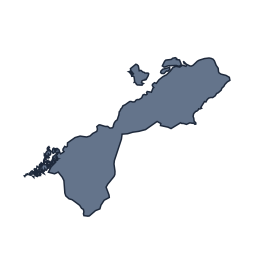 the district of Ha Long, Quảng Ninh, Vietnam, rotated 140°
{"feature_id": "81297802B5641238333098", "entity_name": "Ha Long", "entity_type": "district", "adm_level": 2, "iso_a3": "VNM", "parent_name": "Vietnam", "parent_adm1": "Quảng Ninh", "projection": "mercator", "projection_center": [107.104, 20.974], "detail": "fine", "context": "isolated", "style": "filled", "palette": "slate", "viewbox_px": 256, "rotation_deg": 140, "n_neighbors": 0, "source": "geoboundaries", "source_scale": "gbopen_adm2", "svg_char_len": 5993}
<svg xmlns="http://www.w3.org/2000/svg" viewBox="0 0 256 256"><g transform="rotate(140 128 128)"><path d="M218.1,89.2L215.3,86.2L214.1,85.5L206.0,85.6L201.5,84.1L198.3,86.3L192.7,88.0L187.0,86.8L185.6,88.9L182.8,96.8L179.6,98.0L169.8,99.9L168.0,100.8L165.8,103.2L161.9,109.4L159.4,111.8L140.2,123.7L136.5,127.1L131.9,123.8L127.0,121.7L121.9,118.5L115.6,115.5L101.5,114.3L100.0,110.4L101.5,109.0L96.8,102.9L95.4,99.9L84.3,98.2L84.1,97.2L82.4,95.6L80.9,93.2L77.3,92.2L75.6,90.2L74.7,89.8L74.4,87.9L73.6,87.4L72.8,88.2L72.9,90.8L71.3,93.3L70.7,95.0L68.5,96.8L65.4,97.2L64.6,96.7L62.6,96.7L61.5,97.3L60.8,96.4L58.9,95.8L58.9,97.0L52.4,99.1L51.6,97.9L49.0,98.9L46.9,99.0L45.0,98.2L43.6,96.9L40.6,96.6L37.9,97.5L36.3,97.0L32.3,97.1L30.7,98.1L27.7,98.3L25.9,99.1L22.2,99.5L19.3,99.0L17.8,101.7L19.1,105.3L22.2,109.6L22.8,111.7L22.5,112.9L20.5,115.8L20.2,119.3L18.7,123.8L18.6,125.9L19.5,127.8L20.9,129.5L24.7,132.0L29.9,134.2L31.9,134.6L37.8,134.2L39.7,134.7L40.6,135.6L42.1,138.9L44.0,138.0L45.8,141.0L49.2,141.4L51.7,144.5L54.8,145.4L58.8,144.4L64.2,144.0L68.3,144.9L73.3,145.0L77.6,144.0L78.6,145.7L81.2,145.7L82.1,144.9L82.3,142.4L83.0,142.6L87.1,140.4L89.8,143.6L91.0,143.2L91.5,141.7L92.9,141.8L94.0,143.3L95.4,143.7L98.1,142.3L101.2,142.7L102.7,143.9L104.3,144.2L105.9,143.7L107.6,144.8L108.7,146.5L109.8,147.2L115.5,147.7L117.6,148.3L119.7,147.3L121.6,147.1L122.7,146.3L124.2,146.1L126.6,143.9L131.0,141.2L133.2,141.3L135.3,140.7L137.5,139.4L137.9,138.8L139.7,138.1L142.0,139.6L142.5,142.2L144.5,143.9L147.5,148.5L148.4,149.1L151.0,149.1L152.1,146.8L154.1,145.5L158.6,146.5L162.2,146.3L165.5,147.7L169.9,152.6L174.7,154.7L183.9,155.5L186.3,152.9L187.6,153.1L188.3,154.6L191.4,153.6L192.2,152.7L192.2,151.0L193.3,151.0L196.2,151.5L196.0,153.3L198.0,153.9L199.2,153.2L200.0,154.0L200.3,153.6L201.1,154.2L202.2,153.9L203.5,154.4L204.8,153.6L203.9,152.2L205.1,151.6L205.4,150.5L203.3,149.7L202.7,150.1L202.5,151.3L201.5,152.3L200.7,152.1L201.3,149.9L202.2,150.0L201.4,149.2L202.5,149.5L202.8,148.7L204.8,149.5L205.4,148.3L211.8,147.7L217.4,145.3L213.7,140.1L209.8,139.1L210.0,132.5L210.9,128.9L218.1,118.9L219.3,116.0L218.7,111.7L216.9,109.0L214.7,99.8L215.2,96.4L214.5,94.3L215.7,92.1L217.3,90.9L218.1,89.2ZM93.2,155.0L89.7,151.8L89.0,152.3L87.6,152.1L88.5,154.1L87.1,155.1L85.6,154.8L84.1,153.8L83.6,154.2L83.0,153.5L79.1,155.0L77.3,156.2L77.3,157.1L79.7,159.2L79.8,160.2L80.6,161.3L81.1,163.9L82.6,164.6L80.2,168.9L80.4,170.8L81.0,171.8L88.0,171.9L88.9,170.2L89.0,166.0L89.9,166.0L90.2,170.3L91.3,170.7L91.0,170.1L91.1,166.7L91.9,165.2L90.6,164.3L90.6,163.1L93.0,159.4L93.9,159.0L93.3,158.6L93.2,156.4L93.5,156.1L93.2,155.0ZM57.0,149.7L50.8,144.9L49.2,142.3L47.3,142.2L46.2,142.7L44.8,147.0L46.9,149.4L46.0,150.0L46.6,151.5L49.1,152.8L50.6,152.6L55.3,155.7L57.0,155.6L61.8,153.5L61.2,151.4L57.0,149.7ZM218.1,148.7L217.5,148.1L215.8,148.8L214.7,148.4L215.1,149.5L214.8,150.6L212.4,150.7L212.2,153.1L211.1,153.3L210.0,154.6L211.0,155.1L211.9,155.1L211.8,154.3L212.5,154.5L213.4,153.2L212.7,151.9L214.2,151.5L214.5,152.6L215.7,153.7L215.2,154.4L215.5,155.4L216.1,155.5L216.8,154.6L218.1,154.2L216.6,155.8L216.8,157.2L217.7,156.8L217.0,156.0L217.4,155.5L219.3,154.6L218.5,156.2L218.7,156.8L219.1,156.9L220.3,155.9L220.5,154.8L221.8,153.9L221.6,153.1L222.2,153.2L222.3,154.1L222.7,153.9L223.3,153.2L223.6,151.5L224.7,151.7L225.1,152.9L227.0,151.8L226.4,151.2L225.5,151.4L224.3,149.6L222.4,150.4L221.9,151.4L220.2,151.9L220.8,150.8L220.1,150.5L220.3,149.1L219.9,148.7L219.0,149.0L217.9,150.2L218.1,148.7ZM61.9,146.9L60.9,145.9L58.7,146.0L58.2,146.2L57.2,147.7L63.7,150.7L66.2,150.4L67.3,149.6L67.3,148.3L65.5,146.6L61.9,146.9ZM208.2,161.2L208.4,158.5L209.0,156.9L208.0,156.0L207.4,156.0L207.2,157.9L205.6,159.5L205.5,157.4L204.5,157.4L202.1,159.5L201.9,160.4L202.7,160.7L202.8,161.2L202.0,161.9L202.3,162.6L202.0,163.0L202.6,163.8L201.7,164.4L202.1,164.7L203.4,163.9L203.5,161.9L205.2,162.3L208.2,161.2ZM197.4,154.5L196.9,153.8L195.7,153.6L194.9,155.9L195.5,158.0L196.8,158.6L197.4,159.5L197.7,159.0L197.0,157.1L197.8,157.4L198.7,156.7L199.1,154.5L198.7,154.0L197.4,154.5ZM229.8,154.1L229.7,152.6L228.3,155.1L229.0,155.6L229.6,155.1L229.9,156.2L228.4,156.7L230.3,157.0L231.4,156.4L232.7,156.8L232.9,156.3L232.1,156.2L232.6,155.0L233.0,155.8L233.6,155.4L232.8,154.3L231.5,154.9L231.0,154.2L229.8,154.1ZM201.7,156.8L201.2,156.5L198.9,157.0L197.9,159.2L198.1,160.4L199.0,160.3L201.2,158.4L201.7,156.8ZM208.6,148.9L207.1,148.6L205.4,149.5L205.2,149.9L206.4,150.9L205.2,152.1L205.3,152.9L206.4,152.4L206.9,151.2L208.4,149.9L208.6,148.9ZM227.9,154.2L227.0,153.3L227.4,152.7L226.4,153.4L225.9,154.7L225.2,153.9L226.1,153.1L225.3,152.9L224.5,153.8L225.1,154.8L224.4,155.0L224.2,155.7L225.1,155.8L225.5,156.7L226.3,156.8L226.8,155.8L226.4,154.9L227.0,154.3L227.9,154.2ZM214.2,155.0L213.1,155.3L212.7,157.3L210.8,156.7L210.3,157.8L209.1,158.7L210.6,158.8L213.3,157.5L214.6,156.0L214.2,155.0ZM210.1,150.4L210.5,149.4L209.8,149.1L208.9,149.9L209.0,150.2L209.7,149.8L209.9,151.0L209.2,152.5L209.6,153.0L210.7,152.8L210.2,151.3L211.1,150.6L210.9,150.3L210.1,150.4ZM229.4,151.5L228.8,150.8L229.2,150.0L228.6,149.1L227.2,149.6L227.1,150.2L227.8,150.3L228.4,151.2L228.1,152.6L228.7,153.3L228.8,152.1L229.4,151.5ZM214.0,149.6L212.9,148.3L212.4,149.0L211.6,149.1L211.5,150.0L213.5,150.4L214.0,149.6ZM42.7,143.6L43.5,141.2L42.3,139.2L42.7,143.6ZM222.0,150.0L222.5,149.2L221.7,147.1L221.2,149.8L222.0,150.0ZM226.7,148.7L225.6,147.9L225.3,148.5L224.6,148.5L224.4,149.5L225.2,149.1L225.7,149.5L226.7,148.7ZM235.7,158.0L235.8,157.5L234.5,156.7L234.4,157.5L235.7,158.0ZM208.8,161.9L210.0,160.5L209.9,160.0L208.7,161.3L208.8,161.9ZM222.4,157.2L222.9,156.7L222.0,155.7L221.9,156.6L222.4,157.2ZM201.1,164.6L201.4,164.0L200.8,163.6L200.6,164.6L201.1,164.6ZM232.0,152.1L231.9,150.7L231.4,151.3L232.0,152.1ZM208.2,151.2L207.4,151.2L207.6,151.7L208.2,151.2ZM238.2,158.0L238.2,157.4L237.7,157.8L238.2,158.0ZM237.2,157.7L237.0,157.3L236.5,157.4L236.8,157.7L237.2,157.7Z" fill="#64748b" stroke="#1e293b" stroke-width="1.5"/></g></svg>